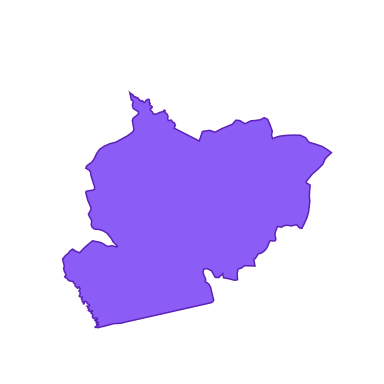 Kota Lubuklinggau, Sumatera Selatan, Indonesia, rotated 75°
{"feature_id": "22746128B74548717001691", "entity_name": "Kota Lubuklinggau", "entity_type": "district", "adm_level": 2, "iso_a3": "IDN", "parent_name": "Indonesia", "parent_adm1": "Sumatera Selatan", "projection": "robinson", "projection_center": [102.884, -3.254], "detail": "fine", "context": "isolated", "style": "filled", "palette": "violet", "viewbox_px": 384, "rotation_deg": 75, "n_neighbors": 0, "source": "geoboundaries", "source_scale": "gbopen_adm2", "svg_char_len": 5839}
<svg xmlns="http://www.w3.org/2000/svg" viewBox="0 0 384 384"><g transform="rotate(75 192 192)"><path d="M298.7,318.1L298.9,310.1L298.9,301.6L300.4,294.4L300.4,290.1L303.9,202.3L303.2,200.1L301.9,199.0L298.7,199.0L288.7,198.7L285.3,199.6L282.1,202.2L282.1,202.3L280.7,201.7L280.2,201.4L279.8,201.4L279.4,201.4L278.9,201.6L278.4,201.6L276.8,201.7L276.4,202.0L272.5,202.1L270.1,201.0L269.7,200.7L269.7,198.6L269.8,197.4L273.1,193.6L280.5,191.6L281.1,190.1L281.3,190.1L280.9,190.0L281.6,188.3L278.8,183.5L283.1,183.7L285.4,178.7L288.4,173.5L288.5,170.7L282.8,169.6L279.6,168.1L278.4,167.4L278.3,164.1L276.8,160.3L279.8,150.3L272.9,149.8L272.7,148.1L269.0,144.2L268.9,143.9L268.8,143.7L268.8,143.3L268.9,142.8L269.0,141.9L269.0,141.4L268.8,140.7L268.3,139.0L267.8,137.8L267.2,136.7L266.5,135.6L265.8,134.8L265.3,134.2L264.6,133.6L263.8,132.8L263.4,132.5L261.6,131.3L261.2,131.0L261.1,130.8L260.6,130.5L260.2,130.0L259.8,129.5L259.5,129.1L259.3,128.7L260.1,126.8L260.4,126.0L260.6,125.4L260.6,124.5L260.5,124.3L260.5,124.1L260.4,124.0L260.2,123.8L260.0,123.7L258.7,123.1L258.0,123.1L257.1,123.1L256.0,123.1L255.1,123.0L254.5,122.8L254.0,122.7L253.1,122.3L251.1,121.0L248.1,118.9L247.7,118.6L247.5,118.4L249.2,114.4L248.5,112.8L248.5,109.5L249.5,106.8L250.4,105.3L250.6,102.2L250.6,99.6L251.4,99.0L252.0,98.7L252.5,98.4L253.1,98.2L253.6,98.0L254.0,97.7L254.4,97.4L254.5,97.3L254.7,97.1L254.9,96.9L255.0,96.6L255.4,95.8L255.6,95.2L255.1,94.7L255.4,94.1L255.0,94.8L253.1,93.0L252.1,92.2L246.7,87.7L241.3,84.5L231.2,80.5L227.5,80.0L222.1,78.4L216.0,76.1L215.9,76.1L215.0,76.9L213.0,79.0L211.4,79.0L205.5,70.7L202.6,64.6L199.1,58.6L194.2,54.5L192.7,52.0L190.1,47.1L185.8,50.6L181.7,54.5L178.2,59.6L174.2,66.2L168.9,68.3L165.2,72.7L163.8,77.4L162.4,83.0L161.3,88.6L160.7,94.1L161.2,100.3L157.9,100.5L153.9,98.7L146.8,99.3L141.3,100.2L138.9,103.0L139.9,107.1L139.3,112.4L138.5,116.6L139.8,123.2L135.3,127.4L134.0,131.1L137.0,135.4L138.5,146.8L140.2,154.2L137.0,159.0L136.2,166.2L144.6,171.8L125.7,192.7L125.1,192.2L123.8,191.2L123.8,191.3L122.2,190.8L121.3,191.1L120.4,191.3L119.8,192.2L119.5,192.8L119.1,193.0L117.7,193.1L117.2,193.3L117.0,193.9L117.1,195.8L116.9,196.3L115.5,196.5L114.3,196.4L113.5,195.8L111.9,195.6L110.5,195.9L109.2,196.7L108.3,197.5L107.8,197.5L107.3,197.3L106.7,196.8L106.2,197.1L105.7,197.7L106.8,199.0L106.8,203.2L107.5,205.6L107.3,208.1L106.6,208.5L106.5,208.8L106.2,209.1L105.7,209.4L105.2,209.4L104.8,209.4L104.1,209.7L103.8,210.1L103.4,210.3L102.8,210.5L102.2,210.8L101.4,210.8L100.8,210.6L100.7,210.1L100.7,209.5L100.4,209.0L100.1,208.9L99.5,208.4L99.2,208.4L97.8,209.7L97.4,210.1L96.7,210.3L96.3,210.3L95.7,209.5L95.1,209.6L94.8,209.9L94.4,210.1L94.1,210.1L93.8,209.9L92.6,209.4L92.1,209.4L91.7,209.5L91.2,210.0L91.1,210.4L91.3,211.5L91.6,212.5L92.4,213.6L93.1,214.1L93.2,214.5L93.2,214.8L93.0,215.3L92.0,215.8L91.5,216.0L91.1,216.4L91.0,216.7L91.3,217.3L90.9,217.5L90.3,217.8L90.1,218.1L90.1,218.5L89.9,218.9L89.5,219.2L88.6,219.3L88.3,219.5L87.8,219.7L87.7,219.7L87.4,219.7L87.2,220.0L87.2,220.4L86.9,220.8L86.7,220.8L85.6,221.8L85.3,222.3L85.3,222.6L85.4,222.9L85.4,223.2L84.8,223.5L84.3,223.5L83.5,223.5L83.1,223.8L83.1,224.1L82.8,224.4L82.5,224.7L82.1,224.7L81.7,224.9L81.4,225.1L81.3,225.6L80.9,226.0L80.1,226.4L87.5,226.8L88.0,225.9L89.5,225.4L92.6,227.1L94.1,227.2L96.2,227.1L100.6,223.0L102.9,223.7L105.6,229.8L107.4,231.1L116.6,231.9L118.6,233.7L121.0,239.7L124.2,252.8L124.1,259.0L125.1,265.2L127.0,270.4L130.2,274.2L134.7,277.9L137.4,281.3L138.7,285.0L139.9,287.3L141.6,288.4L144.4,285.5L146.4,284.9L150.0,285.3L161.9,284.8L164.0,285.3L164.6,287.4L164.1,291.0L163.9,294.0L165.1,294.8L173.1,294.8L181.1,293.7L182.8,294.1L186.6,297.8L190.1,297.3L191.6,296.6L194.3,296.5L197.5,297.8L200.1,297.6L202.3,296.1L203.3,294.2L204.1,291.5L206.4,288.0L209.6,284.9L216.2,281.9L218.4,281.4L218.7,281.2L218.8,281.3L219.4,281.2L224.9,278.2L225.5,278.4L225.4,279.5L223.0,283.3L223.1,285.9L222.1,288.6L219.5,290.7L217.1,293.3L213.4,300.7L214.2,302.4L215.6,305.6L217.5,309.5L220.0,313.8L221.7,316.3L221.1,316.8L220.7,317.4L220.2,318.1L220.0,318.4L219.5,318.9L219.0,319.6L218.9,320.0L218.7,320.4L218.2,320.9L217.8,321.1L217.5,320.9L217.1,321.0L217.0,321.5L217.1,321.8L216.9,322.0L216.7,322.0L216.4,322.2L216.2,322.3L217.4,325.0L217.5,325.4L219.1,327.1L220.0,329.4L220.9,331.1L222.1,332.7L222.7,333.1L223.0,334.2L225.6,334.5L226.8,334.4L227.3,334.5L229.3,334.5L230.7,334.5L232.5,335.8L232.9,335.9L235.1,335.7L235.7,335.9L236.1,335.9L236.4,335.7L236.5,335.5L237.9,335.3L239.4,335.0L240.6,336.7L241.2,336.9L242.8,335.5L243.2,335.1L244.7,334.6L245.6,334.0L246.5,332.7L247.0,331.5L247.5,330.2L247.9,329.9L249.1,330.0L250.6,328.7L251.0,328.7L252.1,329.3L255.3,327.5L255.2,326.7L254.4,326.0L254.3,325.7L256.2,325.1L256.5,325.1L258.1,326.6L258.5,326.8L258.9,326.7L259.8,325.9L260.2,325.9L261.4,326.6L262.3,326.8L263.3,327.9L263.9,327.7L264.4,327.1L265.1,325.3L265.5,325.2L266.7,326.6L268.2,326.0L269.5,326.4L270.3,325.4L271.8,325.9L272.1,325.5L272.0,325.2L269.9,324.0L269.9,323.6L271.3,322.1L271.7,321.9L272.6,322.1L273.0,321.8L274.0,320.5L274.7,320.2L275.2,320.3L275.5,320.8L275.4,321.5L275.0,322.7L275.1,323.0L276.0,322.1L277.0,322.7L277.3,322.6L278.5,321.5L278.8,321.6L279.5,322.8L279.7,322.7L281.1,321.3L280.7,320.0L281.0,319.1L281.6,319.2L282.3,320.7L282.6,320.9L284.8,319.6L285.2,319.6L286.1,320.3L286.4,320.5L288.2,320.2L288.5,319.9L288.8,319.5L288.5,317.9L288.8,317.2L290.1,316.1L290.3,316.2L290.5,316.6L290.3,318.8L290.6,319.0L291.1,319.1L291.3,318.8L291.4,317.7L291.6,317.4L291.8,317.4L293.3,318.4L293.5,318.3L293.6,318.1L293.6,316.5L294.0,316.3L294.3,316.5L295.1,318.3L295.5,318.2L295.7,317.9L295.9,316.8L296.1,316.7L296.4,316.7L296.5,317.0L296.6,317.7L296.8,318.3L297.0,319.7L297.2,320.5L297.4,320.5L297.8,320.4L297.9,320.1L298.1,319.0L298.3,318.4L298.7,318.1Z" fill="#8b5cf6" stroke="#5b21b6" stroke-width="1.5"/></g></svg>